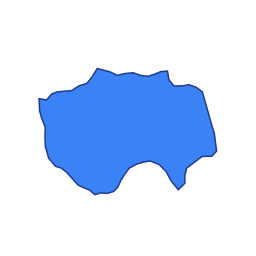 São Sebastião de Lagoa de Roça, Paraíba, Brazil (Natural Earth projection), rotated 140°
{"feature_id": "56859067B7602471111252", "entity_name": "São Sebastião de Lagoa de Roça", "entity_type": "district", "adm_level": 2, "iso_a3": "BRA", "parent_name": "Brazil", "parent_adm1": "Paraíba", "projection": "natural_earth1", "projection_center": [-35.852, -7.089], "detail": "fine", "context": "isolated", "style": "filled", "palette": "blue", "viewbox_px": 256, "rotation_deg": 140, "n_neighbors": 0, "source": "geoboundaries", "source_scale": "gbopen_adm2", "svg_char_len": 860}
<svg xmlns="http://www.w3.org/2000/svg" viewBox="0 0 256 256"><g transform="rotate(140 128 128)"><path d="M129.2,48.4L120.0,49.1L114.7,55.3L108.8,59.6L101.1,59.2L89.7,58.6L81.8,52.5L75.0,53.3L65.4,68.3L63.0,74.0L47.8,108.0L49.7,115.6L53.6,122.1L58.7,124.9L65.7,130.6L65.7,138.4L61.2,146.3L66.6,150.1L73.0,152.1L79.5,154.8L84.4,160.0L88.6,167.1L96.2,172.2L102.4,175.2L105.8,182.8L113.3,193.3L122.9,190.2L130.9,188.6L138.2,191.7L147.3,193.0L158.9,201.1L164.7,203.1L172.4,201.8L177.3,207.6L184.6,198.1L187.6,191.6L191.1,181.5L197.3,174.6L203.2,167.0L208.2,155.8L208.2,145.3L204.9,140.2L203.5,133.6L203.2,125.1L202.9,116.2L197.3,104.9L196.2,98.2L190.6,95.8L185.8,91.1L179.7,88.6L173.9,89.3L166.5,92.7L158.7,95.1L152.9,96.4L144.4,94.7L139.2,92.5L132.4,88.7L127.6,80.1L126.8,69.9L128.9,60.4L129.2,48.4Z" fill="#3b82f6" stroke="#1e3a8a" stroke-width="1.5"/></g></svg>